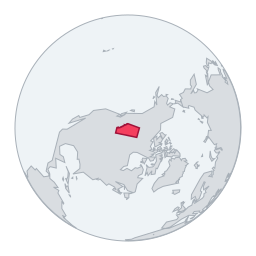 Alberta on an orthographic globe, rotated 107°
{"feature_id": "CAN-632", "entity_name": "Alberta", "entity_type": "Province", "adm_level": 1, "iso_a3": "CAN", "parent_name": "Canada", "parent_adm1": "", "projection": "orthographic", "projection_center": [-116.491, 54.496], "detail": "fine", "context": "on_globe", "style": "filled", "palette": "rose", "viewbox_px": 256, "rotation_deg": 107, "n_neighbors": 0, "source": "natural_earth", "source_scale": "10m", "svg_char_len": 10383}
<svg xmlns="http://www.w3.org/2000/svg" viewBox="0 0 256 256"><g transform="rotate(107 128 128)"><circle cx="128" cy="128" r="113" fill="#eef3f6" stroke="#a8b0b8"/><path d="M31.1,185.4L31.4,185.9L31.1,185.4ZM200.1,214.5L204.7,209.7L204.1,209.4L198.7,212.0L192.6,209.5L195.3,204.5L193.5,203.8L199.3,194.3L197.1,189.7L194.9,190.3L193.1,193.7L184.9,194.3L181.1,191.0L152.0,192.3L148.2,190.3L146.9,185.8L130.9,171.4L140.7,185.9L135.7,183.7L130.5,178.7L132.0,177.2L126.7,169.2L121.3,166.1L116.2,154.9L117.3,139.8L119.9,142.2L119.8,138.4L116.6,135.3L114.5,134.1L110.0,118.6L100.1,109.2L94.7,110.2L97.6,107.1L85.9,111.9L79.1,110.3L88.2,109.8L90.2,107.9L86.2,105.6L87.5,103.2L86.2,100.8L88.0,98.2L93.2,98.3L94.5,96.8L91.6,95.2L91.6,91.8L95.6,94.4L96.1,88.8L104.8,88.4L114.1,98.0L120.4,96.3L133.7,102.6L133.9,100.1L139.1,101.2L141.3,98.8L143.1,100.8L143.2,97.2L141.1,95.8L140.5,93.8L141.5,92.4L144.1,94.6L143.9,95.7L145.3,95.6L146.1,97.4L146.3,95.7L149.3,98.7L147.9,93.6L151.7,94.3L153.2,96.9L150.9,99.3L148.7,112.1L149.6,115.9L153.1,118.5L164.2,117.6L166.0,120.8L170.1,123.1L170.1,120.1L166.9,117.2L167.9,112.2L163.9,109.5L163.7,107.1L160.5,103.5L163.3,101.2L167.8,101.1L170.6,104.1L172.7,104.2L171.9,99.2L178.9,102.9L186.8,102.4L188.3,103.8L188.0,110.1L183.3,115.4L182.9,124.4L185.5,115.8L189.4,119.8L191.0,119.4L192.2,117.7L191.7,115.1L193.5,116.0L191.6,124.6L189.9,124.0L190.5,121.2L188.3,123.8L187.0,130.0L189.1,131.7L185.0,139.8L186.4,141.2L186.3,143.9L184.3,141.1L187.8,146.5L183.3,157.8L188.1,167.2L180.9,162.2L176.7,163.3L172.1,165.8L172.8,167.4L165.7,169.1L160.8,174.8L161.2,183.3L165.5,188.1L173.2,185.4L174.4,181.4L179.5,178.3L178.1,188.3L187.3,184.9L187.7,191.1L190.7,192.6L194.7,189.4L199.1,188.0L201.4,182.7L205.4,177.5L206.4,181.9L207.9,175.9L210.7,176.0L218.2,168.0L217.9,169.7L224.4,167.7L230.0,161.6L231.3,162.5L230.7,165.3L232.3,162.8L232.3,163.9L237.4,152.6L238.8,148.1L238.7,148.9L236.8,157.3L234.2,165.5L231.0,173.5L227.2,181.3L222.9,188.7L217.9,195.8L212.5,202.5L206.5,208.7L200.1,214.5ZM60.7,174.0L61.0,171.8L62.2,174.0L60.7,174.0ZM60.2,170.0L60.3,170.9L60.1,170.0L60.2,170.0ZM59.4,169.1L60.0,169.7L59.3,169.2L59.4,169.1ZM58.3,168.1L58.9,168.5L58.3,168.1ZM188.7,170.7L199.1,168.9L194.3,173.1L195.0,171.6L192.1,171.3L187.2,172.4L182.6,176.1L188.7,170.7ZM56.8,165.9L56.4,165.3L57.0,165.5L56.8,165.9ZM190.9,162.8L189.2,163.4L190.8,162.4L190.9,162.8ZM113.4,134.1L116.4,135.5L118.9,139.3L116.2,138.4L113.4,134.1ZM108.9,127.0L110.6,126.8L110.5,130.7L109.5,129.6L108.9,127.0ZM90.6,111.6L92.8,112.7L90.2,112.5L90.6,111.6ZM85.8,100.9L84.7,101.4L84.5,99.9L85.8,100.9ZM159.2,105.0L159.8,104.3L160.1,105.3L159.2,105.0ZM157.1,104.1L157.0,105.9L156.0,105.8L156.1,104.7L157.1,104.1ZM87.1,94.8L87.1,92.4L88.0,94.8L87.1,94.8ZM157.6,102.0L154.3,105.3L152.5,105.1L151.6,100.8L157.6,102.0ZM87.7,91.0L87.7,85.5L85.4,86.0L91.8,81.6L89.7,87.7L91.2,90.5L89.2,89.8L87.7,91.0ZM140.0,96.0L142.3,97.4L139.4,97.7L140.0,96.0ZM138.3,96.7L130.3,100.6L127.4,98.0L130.7,97.1L126.2,94.9L128.7,91.7L131.8,92.1L133.1,94.5L133.1,91.5L138.3,96.7ZM95.4,80.2L96.1,78.9L96.3,80.3L95.4,80.2ZM140.0,93.1L138.6,94.0L136.1,91.8L138.3,89.4L138.4,90.9L140.0,93.1ZM123.8,96.0L122.3,94.0L123.9,90.8L123.5,89.6L128.5,91.4L123.8,96.0ZM139.5,90.7L139.5,88.3L141.7,88.1L141.1,92.0L139.5,90.7ZM134.4,92.2L133.3,91.0L134.7,90.9L134.4,92.2ZM149.5,86.2L147.9,87.2L146.4,86.1L149.5,86.2ZM139.4,87.5L138.6,87.6L137.9,87.3L138.3,85.8L139.4,87.5ZM129.4,89.0L130.4,88.2L127.4,88.1L128.5,85.8L131.7,87.5L130.8,85.8L131.1,85.1L133.3,87.3L129.4,89.0ZM136.5,83.4L140.8,84.9L144.1,83.1L145.5,84.0L140.0,86.8L136.5,83.4ZM134.4,85.5L136.0,84.4L136.9,86.0L136.4,87.7L134.4,85.5ZM128.1,83.7L125.6,86.8L125.0,86.4L128.1,83.7ZM137.2,82.5L136.1,82.2L137.3,82.2L137.2,82.5ZM130.7,83.0L129.9,84.1L129.2,83.5L130.7,83.0ZM134.7,80.7L136.1,81.1L135.8,82.3L134.7,80.7ZM132.7,81.4L132.0,80.4L134.8,82.4L132.5,82.0L132.7,81.4ZM130.2,82.3L129.6,82.3L130.6,81.9L130.2,82.3ZM135.0,76.1L138.6,78.3L138.0,80.8L134.5,78.3L135.0,76.1ZM236.3,97.1L235.6,97.7L233.3,92.0L231.1,89.5L213.6,63.6L211.9,59.4L200.4,45.5L199.4,44.0L202.9,45.9L196.1,38.5L191.3,35.2L182.9,29.6L180.5,28.3L187.6,32.4L194.5,37.1L201.0,42.2L207.1,47.8L212.8,53.8L218.0,60.2L222.7,67.0L226.9,74.1L230.6,81.6L233.8,89.2L236.3,97.1ZM174.9,25.6L169.5,23.6L180.9,29.3L180.7,30.1L169.8,25.2L159.5,21.0L159.1,21.2L163.8,23.9L159.6,23.3L165.2,25.0L164.3,24.1L167.8,25.3L168.9,26.3L167.3,25.9L169.9,27.5L176.6,29.0L176.4,28.2L184.3,32.8L184.7,32.0L187.5,33.5L187.8,35.5L186.4,35.2L188.5,40.3L190.8,41.0L188.9,36.3L190.3,37.7L193.4,38.8L192.2,39.0L193.7,44.3L199.5,50.2L210.3,58.6L213.1,62.9L213.9,66.6L206.7,63.7L201.3,54.6L198.7,53.7L197.0,56.3L195.5,53.4L194.2,53.4L191.9,50.4L185.9,47.2L183.1,44.4L178.1,44.5L176.0,43.2L179.6,43.5L180.6,42.3L173.4,36.3L171.2,35.5L168.5,36.1L166.9,34.5L165.2,35.9L159.8,33.5L165.0,37.7L162.0,38.9L157.3,38.3L157.2,39.5L164.9,40.5L167.1,40.3L167.5,38.8L174.4,39.2L177.4,41.1L173.8,43.7L177.7,46.7L173.1,47.8L155.2,44.0L149.0,42.0L144.5,35.1L147.5,34.5L150.6,36.6L150.1,33.1L149.0,34.1L147.6,32.9L144.4,33.9L143.3,33.2L142.1,35.6L140.4,34.8L141.2,33.2L134.9,34.4L130.6,33.4L129.7,34.0L130.0,35.0L124.3,33.2L123.9,33.8L125.6,34.6L126.0,36.4L124.3,38.8L122.4,38.1L122.8,37.1L120.7,34.0L121.9,31.6L120.9,31.6L119.5,33.4L122.0,37.2L121.6,38.9L119.9,37.2L120.5,38.0L119.7,38.6L117.1,38.6L118.7,40.5L112.3,49.3L106.7,50.3L106.0,47.7L99.5,53.7L93.7,54.8L95.3,55.5L93.2,59.1L95.0,58.8L95.6,59.4L91.2,69.1L88.8,70.9L88.7,76.3L89.5,76.7L91.3,75.6L91.8,81.6L85.4,86.0L83.8,84.8L80.8,88.6L77.8,85.4L73.9,84.7L72.3,79.4L69.4,79.5L68.5,81.0L63.9,82.4L57.2,80.5L66.3,75.4L77.0,78.0L73.0,76.2L75.0,74.7L74.2,73.0L71.3,72.1L70.3,73.1L71.2,62.7L66.3,57.9L63.9,62.3L60.6,64.5L52.9,64.0L50.2,55.3L45.6,58.9L44.1,59.4L45.2,56.7L47.5,55.8L50.3,52.9L51.4,52.9L54.0,48.6L55.7,48.6L56.9,45.4L54.4,46.9L51.5,50.6L51.7,48.1L46.4,52.7L43.7,54.5L45.5,51.3L51.4,45.5L57.6,40.0L64.3,35.1L71.3,30.7L78.6,26.8L86.2,23.4L94.0,20.6L102.0,18.4L110.1,16.8L118.4,15.8L126.6,15.4L134.9,15.6L143.2,16.4L151.4,17.8L159.4,19.8L167.3,22.4L174.9,25.6ZM221.9,71.9L223.0,72.8L221.9,71.9ZM150.1,17.7L142.9,16.4L143.7,17.0L141.0,16.7L142.2,17.1L143.7,17.1L146.4,18.4L142.4,18.1L142.0,18.6L144.4,19.1L151.2,19.6L147.5,17.6L150.2,17.9L150.1,17.7ZM218.4,167.7L219.4,167.6L218.3,168.9L218.4,167.7ZM194.2,175.6L196.1,174.4L197.3,174.5L195.9,175.7L194.2,175.6ZM209.1,163.8L211.0,162.5L209.2,164.7L209.1,163.8ZM200.6,168.5L207.5,165.1L204.0,169.9L199.6,172.1L202.3,169.4L200.6,168.5ZM191.2,166.4L192.5,166.0L192.5,167.2L191.2,166.4ZM192.1,162.0L191.6,162.4L190.7,162.0L192.1,162.0ZM189.5,119.3L189.7,118.6L191.2,117.3L191.0,118.8L189.5,119.3ZM194.3,106.8L197.1,108.6L195.0,108.3L195.4,110.5L191.4,112.9L188.9,104.6L190.8,107.9L194.3,106.8ZM185.4,114.0L188.2,113.3L185.2,114.4L185.4,114.0ZM188.9,57.3L189.1,55.8L191.3,56.4L194.8,60.5L191.6,59.5L188.9,57.3ZM188.7,53.5L184.1,55.4L181.8,53.1L183.9,54.0L182.8,52.4L185.9,53.4L188.1,49.7L190.2,50.1L195.5,57.0L192.6,54.4L192.7,56.0L188.7,53.5ZM176.5,65.7L174.5,67.0L172.0,60.4L174.2,60.1L177.8,63.9L177.3,66.6L176.5,65.7ZM156.5,94.0L155.9,95.3L155.2,94.6L155.1,93.0L156.5,94.0ZM148.9,86.8L158.4,88.0L158.2,89.4L164.1,88.7L165.8,92.3L161.9,92.6L167.7,94.9L164.9,96.6L168.8,97.8L160.0,98.2L157.7,100.0L159.6,96.6L158.1,93.2L156.8,92.3L151.3,91.1L145.6,93.6L143.2,90.8L143.0,88.2L144.0,87.2L145.3,89.3L145.7,86.4L148.3,88.7L148.9,86.8ZM142.2,62.0L143.2,64.4L144.5,59.9L147.1,61.8L147.1,61.2L149.8,61.7L153.1,61.4L154.0,62.6L154.9,61.9L156.7,62.4L158.3,61.9L160.3,64.0L162.4,63.7L162.2,64.8L165.2,63.8L163.9,65.5L166.1,66.4L166.2,64.2L173.5,77.3L177.6,81.7L181.7,84.6L178.9,87.4L173.3,86.7L166.7,84.1L163.2,79.5L162.6,81.8L160.7,80.3L162.0,79.2L158.9,80.1L157.7,78.6L151.9,76.8L148.2,79.3L145.9,78.8L146.8,77.1L144.0,77.9L144.1,74.4L142.5,74.0L141.0,70.3L143.5,67.4L141.6,67.2L140.3,64.5L142.2,62.0ZM134.7,75.0L137.2,70.9L139.8,69.9L141.3,76.8L142.7,77.6L143.8,82.2L140.0,83.5L140.0,82.1L139.2,81.0L140.7,81.0L138.8,80.2L138.8,78.2L137.4,77.0L138.6,76.0L134.7,75.0ZM196.8,42.2L195.7,41.0L193.7,39.3L195.6,40.1L196.8,42.2ZM198.0,45.7L196.8,44.6L198.5,44.7L199.6,46.0L198.0,45.7ZM194.7,44.1L196.6,44.6L196.3,45.0L194.7,44.1ZM178.3,42.6L176.9,41.6L177.3,41.3L178.8,41.6L178.3,42.6ZM146.6,49.9L146.8,51.2L146.0,51.3L144.2,53.8L142.1,52.7L142.4,50.7L146.6,49.9ZM172.3,24.7L175.1,25.8L175.8,26.2L174.7,25.7L172.3,24.7ZM186.6,32.6L184.0,30.8L187.1,32.9L186.6,32.6ZM144.1,49.1L143.5,50.2L142.8,49.0L144.1,49.1ZM140.5,52.0L139.5,50.8L141.7,52.8L140.5,52.0ZM41.6,56.1L40.3,57.4L40.2,57.5L41.8,55.6L41.6,56.1ZM125.8,42.7L130.7,40.3L132.8,38.2L131.9,36.1L135.3,38.1L132.0,41.4L125.8,42.7ZM114.2,48.5L115.0,50.5L113.3,50.5L112.9,50.0L114.2,48.5ZM115.6,49.1L119.2,49.9L118.8,51.6L116.1,50.6L115.6,49.1ZM131.8,48.9L133.4,48.3L133.9,49.3L131.8,48.9ZM31.4,185.8L30.3,184.0L31.1,185.4L31.4,185.8ZM39.2,65.6L40.6,64.7L39.8,66.7L39.0,66.8L39.2,65.6ZM38.3,73.2L40.0,67.0L41.6,62.4L40.3,64.1L39.0,63.8L42.1,60.8L42.3,63.4L40.7,67.1L42.2,67.3L42.2,70.0L44.8,69.1L45.4,70.3L42.5,72.3L38.3,73.2ZM46.1,68.5L50.7,68.5L48.3,72.9L46.8,73.9L45.6,72.0L47.0,69.8L46.1,68.5ZM51.1,69.8L52.5,67.7L62.1,64.3L63.5,64.8L54.9,69.4L55.7,67.7L53.8,67.8L51.1,69.8ZM95.0,78.8L96.0,78.9L94.9,79.6L95.0,78.8ZM96.7,59.1L97.3,60.1L96.0,60.8L96.7,59.1ZM98.3,63.2L99.4,61.7L99.0,63.6L98.3,63.2ZM101.7,58.4L100.2,61.3L100.5,58.1L101.7,58.4Z" fill="#d9dde1" stroke="#a8b0b8" stroke-width="1"/><path d="M136.4,138.4L131.1,138.7L131.0,138.4L130.9,138.4L130.7,138.4L130.7,138.2L130.4,138.0L130.4,137.9L130.5,137.7L130.4,137.7L130.2,137.6L130.3,137.5L130.3,137.4L130.4,137.2L130.3,136.9L130.3,136.7L130.2,136.6L130.2,136.4L130.2,136.2L130.0,135.9L129.9,135.7L129.7,135.7L129.5,135.4L129.4,135.4L129.2,135.3L129.2,135.2L129.1,134.9L128.9,134.8L128.9,134.7L128.7,134.7L128.6,134.4L128.4,134.4L128.3,134.2L128.2,134.1L128.2,133.9L128.0,133.7L127.9,133.6L127.9,133.4L127.7,133.3L127.6,133.5L127.4,133.4L127.4,133.2L127.2,133.0L127.2,132.9L127.0,132.7L126.9,132.6L126.7,132.6L126.4,132.4L126.5,132.3L126.5,132.2L126.4,132.1L126.2,132.0L126.2,131.9L126.2,132.0L125.9,132.2L125.9,131.9L125.8,131.7L125.8,131.4L125.7,131.4L125.7,131.2L125.4,131.0L125.4,130.9L125.3,130.7L125.2,130.5L125.1,130.4L125.0,130.5L124.9,130.6L124.7,130.5L124.7,130.4L124.6,130.2L124.4,130.1L124.2,130.1L124.1,129.9L124.0,129.7L124.0,129.4L123.9,129.3L123.9,129.2L124.6,117.1L134.4,116.9L136.4,138.4Z" fill="#f43f5e" stroke="#9f1239" stroke-width="1.5"/></g></svg>